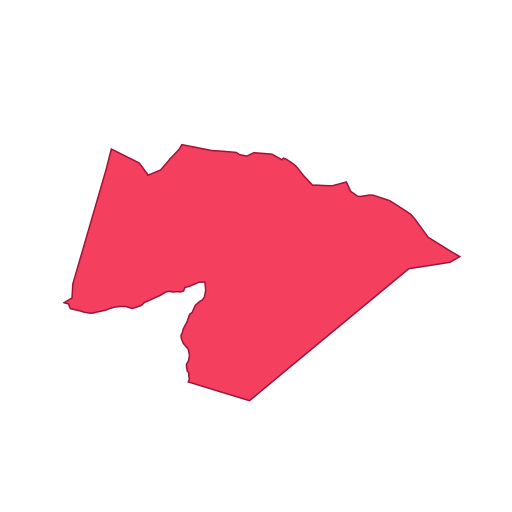 San Antonio Sinicahua, Oaxaca, Mexico, rotated 256°
{"feature_id": "50627088B26759671205553", "entity_name": "San Antonio Sinicahua", "entity_type": "district", "adm_level": 2, "iso_a3": "MEX", "parent_name": "Mexico", "parent_adm1": "Oaxaca", "projection": "robinson", "projection_center": [-97.572, 17.151], "detail": "fine", "context": "isolated", "style": "filled", "palette": "rose", "viewbox_px": 512, "rotation_deg": 256, "n_neighbors": 0, "source": "geoboundaries", "source_scale": "gbopen_adm2", "svg_char_len": 1622}
<svg xmlns="http://www.w3.org/2000/svg" viewBox="0 0 512 512"><g transform="rotate(256 256 256)"><path d="M286.7,384.3L287.7,380.9L288.5,371.9L289.2,369.2L295.8,363.5L306.0,361.6L305.7,347.1L307.0,342.2L310.6,330.2L310.9,328.1L322.5,321.6L332.4,317.1L336.1,314.7L342.5,308.9L344.4,306.3L343.1,304.3L346.5,300.9L347.1,300.2L351.0,296.1L356.4,280.0L356.7,278.5L355.1,271.4L358.3,264.6L360.3,262.8L360.6,262.5L361.3,261.8L365.2,250.6L369.0,238.7L382.0,211.0L378.2,207.3L372.0,197.7L371.0,195.6L370.3,195.2L362.5,184.2L360.5,170.6L362.6,170.2L365.4,168.9L369.4,167.4L374.5,165.2L394.8,141.5L376.9,131.9L273.2,71.5L259.8,67.3L257.1,58.4L256.9,58.6L255.0,62.4L249.9,63.1L244.6,73.2L243.0,75.7L240.9,80.6L240.0,84.2L240.1,88.2L240.0,91.6L239.8,96.6L240.4,101.6L240.6,106.9L239.7,113.1L238.5,117.5L236.9,120.1L235.1,123.1L235.2,127.3L235.7,132.3L235.7,132.6L238.0,136.8L238.6,140.9L239.9,147.5L240.9,153.4L242.9,160.0L242.7,163.4L241.2,166.5L240.4,171.0L239.4,174.1L239.6,177.3L242.7,179.5L242.7,184.0L243.2,187.2L244.4,194.4L243.1,200.1L239.9,199.7L234.7,198.8L228.5,195.9L226.3,193.2L225.5,190.3L222.9,185.2L220.2,183.1L216.8,180.5L215.4,177.4L209.1,173.4L205.6,170.2L202.9,167.8L199.3,165.9L197.2,164.0L194.3,163.6L188.8,164.3L182.0,167.7L175.6,167.4L170.8,165.2L167.7,162.3L164.8,161.7L160.9,161.5L158.6,162.6L156.1,161.7L152.6,161.6L150.2,159.8L132.9,188.5L117.2,214.7L141.0,264.1L206.7,401.2L203.0,442.7L206.1,453.6L214.0,445.5L232.6,427.5L235.4,426.4L242.3,423.6L252.7,419.4L255.8,417.9L259.1,416.2L265.0,410.8L274.3,402.0L277.3,399.2L280.1,394.8L286.7,384.3Z" fill="#f43f5e" stroke="#9f1239" stroke-width="1.5"/></g></svg>